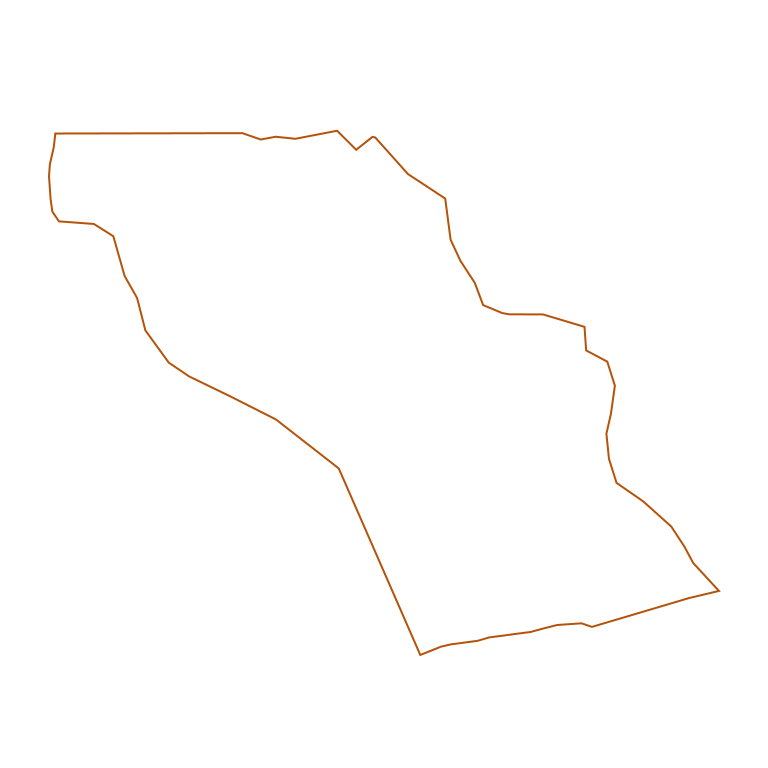 the district of Dalat, Sarawak, Malaysia, rotated 176°
{"feature_id": "92858781B41279548929635", "entity_name": "Dalat", "entity_type": "district", "adm_level": 2, "iso_a3": "MYS", "parent_name": "Malaysia", "parent_adm1": "Sarawak", "projection": "albers", "projection_center": [111.988, 2.703], "detail": "fine", "context": "isolated", "style": "outline", "palette": "amber", "viewbox_px": 768, "rotation_deg": 176, "n_neighbors": 0, "source": "geoboundaries", "source_scale": "gbopen_adm2", "svg_char_len": 930}
<svg xmlns="http://www.w3.org/2000/svg" viewBox="0 0 768 768"><g transform="rotate(176 384 384)"><path d="M378.3,631.3L395.4,619.6L413.1,639.9L455.3,634.8L474.8,638.2L490.0,636.5L507.7,644.1L694.4,656.8L696.9,643.3L702.0,626.4L703.7,614.5L703.7,603.6L703.7,591.7L702.8,579.1L696.9,568.9L662.3,563.9L643.7,550.3L635.2,509.8L624.3,487.0L618.3,454.1L597.2,420.3L577.8,405.1L538.1,382.3L494.2,356.1L435.0,302.9L366.7,111.2L366.3,111.3L345.5,118.0L335.4,119.6L308.4,121.3L296.6,123.9L282.2,124.7L268.7,125.6L255.2,126.4L242.5,128.9L228.2,131.5L213.8,131.5L203.7,131.5L193.5,127.2L94.7,149.2L64.3,154.2L88.0,183.8L95.6,200.7L107.4,221.8L133.6,248.8L158.9,269.1L164.8,293.6L165.6,318.9L159.7,338.4L153.8,366.2L159.7,390.7L180.0,403.4L180.0,427.0L220.5,442.3L254.3,444.8L261.1,446.5L279.6,455.8L286.4,478.6L299.1,501.4L307.5,523.3L310.0,564.7L345.5,591.8L375.5,630.5L378.3,631.3Z" fill="none" stroke="#b45309" stroke-width="2"/></g></svg>